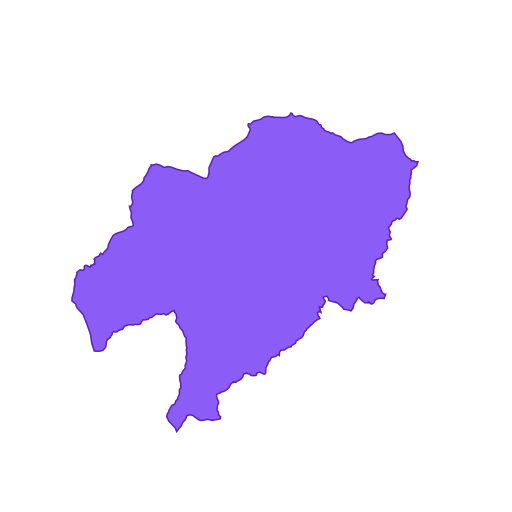 outline of Blajeni, Hunedoara, Romania, rotated 243°
{"feature_id": "2599482B17947676185941", "entity_name": "Blajeni", "entity_type": "district", "adm_level": 2, "iso_a3": "ROU", "parent_name": "Romania", "parent_adm1": "Hunedoara", "projection": "equal_earth", "projection_center": [22.889, 46.263], "detail": "fine", "context": "isolated", "style": "filled", "palette": "violet", "viewbox_px": 512, "rotation_deg": 243, "n_neighbors": 0, "source": "geoboundaries", "source_scale": "gbopen_adm2", "svg_char_len": 6119}
<svg xmlns="http://www.w3.org/2000/svg" viewBox="0 0 512 512"><g transform="rotate(243 256 256)"><path d="M376.1,326.7L376.1,324.7L375.6,323.1L376.0,320.1L377.3,315.0L375.9,311.0L377.2,309.4L377.2,309.1L376.0,308.2L374.5,308.1L373.1,308.5L371.0,308.1L366.4,302.6L365.6,300.6L364.8,297.3L363.8,286.4L361.8,278.5L363.0,274.6L363.0,270.5L362.4,268.7L362.5,266.9L363.7,265.2L363.5,263.4L356.1,254.3L351.3,251.8L347.8,248.6L347.8,247.0L348.3,245.8L349.4,244.4L360.5,235.6L362.8,234.2L364.5,230.4L366.6,227.8L370.0,224.0L372.7,221.8L375.8,218.1L376.4,214.9L377.0,214.1L380.6,211.6L383.1,209.0L384.2,204.4L384.8,204.0L383.7,203.2L383.0,201.4L381.8,199.6L380.6,198.7L377.7,194.4L376.5,191.8L374.2,190.2L373.7,189.5L372.3,186.1L371.4,178.9L370.4,175.6L368.9,175.0L366.8,173.1L364.5,171.8L359.4,170.4L357.0,167.3L357.8,165.8L354.1,164.9L352.2,164.9L350.1,164.0L347.2,162.1L342.2,161.5L339.2,160.7L338.6,159.9L338.9,157.9L339.5,156.2L339.6,154.9L338.6,152.5L338.3,148.9L339.3,143.9L339.5,139.5L338.9,137.5L335.3,132.3L333.5,130.1L330.1,127.3L328.3,122.2L327.0,120.1L329.1,118.8L327.3,116.3L327.5,112.2L326.6,110.2L325.9,110.5L322.2,108.6L322.7,108.3L322.1,107.2L322.7,104.6L321.9,104.6L321.3,103.2L324.4,101.0L325.1,99.7L325.0,98.7L323.9,97.8L322.8,97.6L321.7,95.9L321.8,95.0L323.1,93.9L323.6,92.5L322.7,88.9L321.4,88.5L320.4,87.3L318.4,85.7L317.4,83.6L312.6,81.6L311.3,80.2L307.2,77.6L301.9,72.8L299.5,71.6L295.2,73.5L291.3,72.9L282.4,75.4L271.9,74.4L261.5,73.0L252.7,70.0L244.7,68.8L242.1,73.5L241.5,76.8L242.8,80.2L243.4,81.0L248.1,84.3L249.4,86.6L249.1,87.1L249.6,89.3L250.5,90.2L251.3,92.1L252.9,93.1L253.2,94.3L253.1,95.0L252.2,96.0L251.5,97.7L252.1,100.0L251.8,101.0L252.0,101.6L251.3,103.4L251.6,104.7L252.4,105.2L252.4,105.8L253.1,106.7L252.7,110.6L252.3,112.1L251.3,113.2L251.2,114.0L250.1,115.4L249.9,117.4L248.8,119.0L247.9,121.6L248.1,122.3L250.4,125.9L249.1,129.0L248.6,131.1L249.4,133.2L248.6,135.2L249.4,138.9L249.6,141.3L248.4,142.7L247.0,145.2L246.6,147.4L245.9,148.1L244.5,148.8L244.3,149.3L244.3,150.5L244.0,151.4L244.9,155.6L244.6,157.1L244.7,158.3L243.1,157.9L240.6,158.4L237.1,157.4L236.3,157.0L234.5,154.8L234.0,154.7L232.5,154.8L229.7,155.9L226.0,155.7L222.6,156.7L216.7,155.9L214.6,156.6L211.6,154.8L206.8,152.9L205.6,152.7L204.0,151.3L199.9,149.8L197.4,147.4L194.0,146.7L190.7,143.1L188.2,142.2L186.8,138.8L184.6,135.8L184.4,133.9L183.9,133.4L179.7,131.7L177.2,131.2L172.9,129.5L171.8,127.1L167.7,125.0L164.9,121.6L164.0,121.0L163.4,118.9L161.2,116.7L160.9,114.9L161.2,113.6L159.6,110.6L159.0,110.2L158.2,108.6L156.9,107.5L155.6,105.3L153.3,103.5L148.5,103.3L139.6,106.0L135.5,105.6L137.3,108.9L138.2,111.7L139.2,113.1L140.8,114.8L142.2,118.7L145.0,121.8L145.1,122.7L144.0,125.9L142.3,127.5L136.4,130.4L134.9,131.6L133.9,133.5L132.4,138.8L129.7,142.0L129.0,143.4L128.7,145.2L127.6,148.0L127.2,150.4L128.8,151.5L131.5,150.6L134.3,151.7L136.3,151.3L140.5,153.9L141.2,154.8L141.3,155.6L142.5,156.3L147.7,156.8L150.2,157.8L150.7,158.6L150.2,161.3L150.6,162.5L149.9,166.6L150.4,170.1L151.0,172.3L152.3,173.8L153.5,175.9L153.9,177.7L153.7,178.1L154.3,178.4L154.1,178.8L153.4,179.0L153.3,180.0L152.5,180.7L153.1,182.5L152.9,185.9L153.9,188.8L156.8,192.0L155.9,193.4L155.7,195.1L154.6,195.3L154.0,196.5L151.9,197.3L151.2,198.1L149.7,201.2L149.8,202.5L151.2,203.3L151.0,206.0L149.4,207.8L147.4,209.2L146.9,209.7L146.9,210.5L147.5,211.6L151.9,214.0L154.6,217.8L155.9,219.0L156.3,219.8L156.4,220.9L157.5,221.9L158.7,223.9L157.6,227.3L158.1,230.5L157.9,231.1L156.8,231.6L159.5,233.2L160.6,235.0L160.5,236.2L159.3,238.7L159.8,241.0L159.9,243.6L159.1,245.9L160.1,247.4L160.3,251.5L162.1,253.4L162.1,255.0L162.4,255.8L162.7,258.7L162.5,259.6L163.7,262.0L166.4,264.6L166.7,265.2L166.9,266.9L167.7,267.8L168.3,269.2L168.3,270.1L169.2,272.5L169.8,275.4L170.8,277.8L171.4,281.9L171.3,284.6L173.1,284.8L173.9,284.1L177.7,285.1L177.8,285.7L177.2,287.7L176.2,288.3L177.4,288.6L178.2,287.9L179.1,289.2L180.4,288.9L182.0,289.4L180.6,291.0L180.2,292.1L181.8,293.5L182.2,294.8L183.8,296.9L184.8,297.3L187.4,296.9L188.9,297.4L188.1,300.9L184.7,301.3L183.7,300.5L183.4,300.6L177.0,307.4L170.7,309.8L168.7,310.0L166.5,313.1L165.1,314.7L163.9,315.6L165.4,318.7L167.4,320.5L168.4,321.0L170.7,325.3L172.2,327.1L172.3,328.0L172.2,329.3L171.6,329.1L168.5,330.0L164.9,331.8L163.3,334.7L164.1,334.9L164.0,336.0L163.6,336.2L163.0,335.8L162.5,336.4L161.8,336.2L160.6,337.3L160.7,339.6L162.5,341.8L162.9,343.8L162.1,347.3L159.9,351.0L161.6,352.4L162.7,354.0L163.0,354.1L162.9,353.7L165.3,352.0L168.4,351.9L172.7,352.5L174.1,351.7L178.7,353.0L179.5,354.0L181.8,348.7L182.4,348.4L182.9,348.6L183.4,349.5L184.2,352.2L185.1,351.3L186.4,351.1L187.3,353.0L189.4,354.1L193.1,356.7L195.7,359.6L197.0,359.9L198.0,361.5L198.1,363.0L197.5,365.4L197.6,368.1L200.8,369.9L201.4,373.1L203.3,376.9L207.7,378.1L210.6,380.3L209.6,382.4L209.4,383.7L209.7,384.3L213.6,384.0L216.5,386.5L219.6,386.6L221.3,387.2L221.6,388.7L222.5,389.6L222.5,390.3L222.8,391.0L224.5,392.4L225.1,393.6L224.7,395.7L225.7,398.8L225.2,399.5L223.6,400.4L223.9,402.9L228.6,411.3L229.4,412.0L231.8,412.1L232.7,412.5L234.1,414.1L237.2,416.5L237.9,417.5L238.4,419.2L239.4,420.3L241.6,421.7L248.0,423.6L250.7,426.0L254.0,427.5L255.3,429.4L256.6,429.8L259.3,432.1L261.8,433.1L262.3,434.1L263.4,440.0L266.5,443.2L267.5,440.8L268.3,440.5L268.6,440.0L269.2,440.0L269.7,438.8L269.6,437.9L272.4,437.4L274.2,436.1L277.7,434.9L282.9,435.0L286.9,436.6L292.1,437.1L302.9,435.0L303.0,431.8L303.8,429.6L305.4,426.6L308.7,423.4L309.7,421.0L310.1,419.3L310.0,413.0L310.7,410.7L310.6,407.7L311.1,405.7L313.1,401.2L313.9,395.2L313.7,394.5L313.2,393.9L314.1,391.6L316.7,389.2L319.3,387.8L320.9,386.5L322.8,386.3L324.0,385.6L328.0,381.5L330.7,380.3L331.4,379.1L331.1,378.1L333.5,377.2L334.7,375.7L336.8,374.0L338.7,374.1L339.1,373.6L340.7,372.9L343.5,373.2L344.4,371.7L347.8,371.6L349.4,371.0L352.3,368.5L356.7,362.8L360.0,360.3L361.4,358.5L362.3,354.0L365.1,352.8L366.9,352.7L367.5,352.1L367.3,351.4L366.3,350.0L365.9,348.5L365.8,346.5L366.5,344.1L371.3,335.4L371.1,335.0L372.5,334.1L373.0,333.3L372.9,332.7L374.3,331.4L375.1,330.0L376.1,326.7Z" fill="#8b5cf6" stroke="#5b21b6" stroke-width="1.5"/></g></svg>